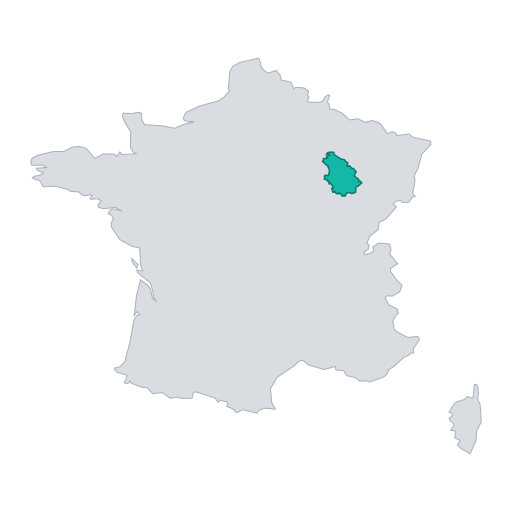 France, with Haute-Marne highlighted
{"feature_id": "FRA-5300", "entity_name": "Haute-Marne", "entity_type": "Metropolitan department", "adm_level": 1, "iso_a3": "FRA", "parent_name": "France", "parent_adm1": "", "projection": "equal_earth", "projection_center": [5.241, 48.141], "detail": "fine", "context": "in_parent", "style": "filled", "palette": "teal", "viewbox_px": 512, "rotation_deg": 0, "n_neighbors": 0, "source": "natural_earth", "source_scale": "10m", "svg_char_len": 6822}
<svg xmlns="http://www.w3.org/2000/svg" viewBox="0 0 512 512"><path d="M415.4,196.1L411.7,197.9L409.4,201.6L407.0,202.5L402.6,202.5L400.5,200.2L395.3,201.7L393.2,204.1L396.3,207.0L386.0,218.9L379.4,222.1L378.0,229.9L370.2,235.7L367.3,241.9L367.1,243.2L369.1,245.2L368.2,249.2L364.3,251.9L364.3,254.5L365.4,254.8L371.5,252.7L373.8,250.3L372.6,247.1L378.7,243.1L389.6,244.0L391.0,249.4L389.6,253.9L397.6,263.7L390.8,268.2L390.4,271.2L397.5,281.1L402.0,285.2L399.7,291.8L392.2,296.1L387.4,295.8L385.4,296.9L385.6,298.9L389.0,305.0L397.1,308.9L398.4,313.5L396.1,315.1L392.5,322.0L394.1,325.4L393.5,326.9L394.3,329.3L396.5,331.6L407.8,337.5L418.0,336.4L419.4,339.8L413.2,348.9L413.6,353.0L410.5,353.1L409.9,354.5L403.6,357.5L393.5,366.8L388.8,369.5L386.9,374.2L384.1,376.8L369.5,382.1L366.7,380.9L359.6,381.1L355.1,377.7L346.6,375.6L343.8,370.7L335.8,369.8L335.4,366.5L324.2,369.5L308.5,365.0L303.0,360.3L298.4,361.5L294.3,365.8L277.3,377.1L270.5,388.8L271.6,402.5L275.4,409.2L265.1,408.2L258.9,410.2L257.2,413.1L242.6,409.7L237.1,412.5L235.7,412.3L233.8,409.4L226.7,406.2L227.8,403.9L226.9,401.9L220.1,400.3L217.7,402.3L215.3,398.2L196.5,392.0L193.4,392.1L192.0,398.3L179.9,398.2L178.1,397.0L170.2,398.3L162.1,392.6L152.7,393.7L147.2,387.7L141.7,387.3L134.0,384.3L130.5,382.7L130.1,380.9L127.7,383.6L124.8,383.0L124.2,382.2L126.2,378.9L126.7,375.1L117.1,372.3L114.6,369.5L114.6,368.1L119.9,366.8L124.8,361.5L129.9,342.4L134.0,320.0L136.5,315.7L139.5,314.6L137.2,311.5L134.1,315.5L136.6,295.1L140.6,279.8L148.5,286.0L150.3,288.8L152.4,297.9L156.8,301.7L154.0,298.0L151.5,285.9L149.7,282.4L137.2,272.3L136.9,270.0L142.5,271.2L140.5,263.7L139.7,247.9L132.0,246.3L119.8,239.6L111.8,227.6L111.0,223.2L113.4,218.4L111.6,215.5L108.1,213.4L111.0,209.4L113.6,208.9L122.4,211.2L115.3,207.4L103.4,208.7L98.7,207.4L98.0,204.6L101.4,201.0L97.5,198.7L90.8,199.3L90.0,198.3L92.1,195.7L90.4,194.8L84.9,195.7L81.8,194.9L79.0,192.0L70.1,191.3L68.2,189.6L56.1,186.3L43.3,186.8L40.0,181.0L32.3,178.2L34.0,176.3L41.9,174.6L43.5,173.0L38.0,170.6L36.1,168.2L46.6,167.6L42.0,165.1L31.8,165.3L30.7,161.8L32.2,158.2L38.3,155.1L53.1,151.6L63.8,151.5L71.6,147.4L79.1,146.3L86.0,148.3L95.1,158.4L103.0,153.9L114.4,154.1L116.6,156.6L119.8,152.0L122.2,154.6L136.2,153.8L133.0,152.0L130.5,147.7L130.7,132.0L124.1,120.7L122.5,116.6L123.1,113.1L131.3,113.7L138.2,112.2L141.4,113.3L142.0,120.5L144.7,124.7L163.7,126.0L174.6,128.3L184.0,124.2L192.7,122.3L193.4,121.4L188.4,121.8L183.9,120.0L183.3,118.1L185.9,112.4L199.3,106.1L218.7,100.8L223.8,97.3L229.6,90.9L228.4,89.3L229.7,72.0L232.6,66.4L240.0,62.3L258.7,58.2L260.9,63.7L260.8,66.8L265.6,71.6L268.0,73.1L276.2,70.5L280.1,75.0L281.2,80.1L291.0,82.2L293.8,88.8L295.6,87.4L301.8,87.7L304.6,88.2L308.6,91.1L307.4,95.1L309.1,97.1L307.4,100.7L308.6,102.3L319.9,102.3L323.3,100.7L324.9,97.0L328.3,94.8L329.6,95.4L327.4,102.3L329.0,104.1L329.8,109.0L334.1,109.4L342.4,113.3L349.4,119.9L358.1,118.8L365.0,122.5L372.1,120.5L378.7,122.6L381.1,124.5L387.4,133.7L392.2,131.8L395.6,132.9L396.7,135.6L409.5,134.0L411.8,136.6L414.5,137.6L430.7,141.1L430.9,144.5L421.7,154.4L417.9,168.6L415.2,173.5L414.2,177.2L415.0,179.7L414.6,183.5L412.7,192.8L413.9,195.5L415.4,196.1ZM478.4,393.4L477.7,399.6L480.1,404.1L481.3,422.0L476.6,430.7L475.9,441.2L470.1,453.8L460.5,448.2L457.5,445.1L460.0,440.3L454.5,437.7L455.7,433.0L455.1,430.7L451.2,430.5L451.0,429.3L453.8,425.7L453.7,423.5L450.0,420.7L449.2,418.2L452.7,415.5L451.1,412.9L449.1,412.3L453.7,404.2L457.0,401.7L464.4,399.5L467.4,396.5L472.2,398.1L473.1,397.3L474.4,384.5L476.1,384.3L477.7,386.0L478.4,393.4ZM138.1,264.6L136.8,268.1L132.2,262.0L131.7,258.6L138.1,264.6Z" fill="#d9dde1" stroke="#a8b0b8" stroke-width="1"/><path d="M329.7,152.2L333.5,152.2L333.8,152.4L333.9,153.7L334.0,154.0L334.2,154.4L334.5,154.8L334.9,155.1L336.0,155.9L337.4,156.6L339.6,158.2L342.1,159.4L342.7,159.5L343.7,159.5L344.2,159.6L344.5,159.8L344.5,160.0L344.8,160.6L347.9,163.0L347.5,163.6L346.9,164.3L346.9,164.6L346.9,164.9L347.1,165.1L347.1,165.9L347.2,166.3L347.4,166.5L347.6,166.6L347.9,166.4L348.0,166.2L348.3,165.8L348.6,165.7L348.9,165.7L349.6,165.8L349.9,166.0L350.3,166.4L351.1,167.5L351.5,168.1L351.9,168.4L352.2,168.5L352.8,168.4L353.2,168.4L353.6,168.6L353.8,168.7L353.9,168.9L354.0,169.0L354.1,169.4L354.0,169.8L354.1,170.1L354.3,170.2L355.3,170.8L355.9,171.3L356.1,171.6L356.2,171.9L355.7,172.3L355.4,172.6L355.3,172.8L355.3,173.1L355.3,173.4L355.2,173.6L355.2,173.9L354.6,174.9L354.5,175.2L354.4,175.5L354.2,175.9L354.4,176.1L355.0,176.5L356.0,177.4L356.5,177.9L356.9,178.2L357.3,178.3L357.6,178.4L357.9,178.6L358.3,178.9L358.5,179.1L358.6,179.4L358.6,179.7L358.5,180.5L358.5,180.8L358.6,181.2L358.8,181.4L359.1,181.5L359.3,181.3L359.5,181.1L360.2,181.1L361.5,182.5L361.7,183.0L361.5,183.4L361.3,183.5L360.9,183.6L360.6,183.7L360.3,184.0L359.7,184.9L359.3,185.2L356.1,187.2L355.7,187.7L355.6,188.1L355.8,188.8L355.9,189.2L355.7,190.0L355.6,190.4L355.6,190.8L355.7,191.2L355.7,191.6L355.6,192.1L355.3,192.3L355.0,192.6L352.0,193.5L351.7,193.5L351.4,193.5L351.1,193.4L349.4,192.5L348.8,192.5L348.3,192.7L347.6,192.8L347.3,192.8L346.9,192.9L346.6,193.2L346.4,193.4L345.4,195.5L345.3,195.8L345.1,195.9L344.9,196.1L344.7,196.0L344.5,195.7L344.3,195.5L344.0,195.4L343.8,195.6L342.9,196.2L342.6,196.3L342.3,196.2L342.1,195.7L342.0,195.2L341.9,195.0L341.8,194.9L341.4,194.8L340.6,194.4L340.1,193.9L339.8,193.6L339.7,193.3L339.6,193.1L339.5,192.9L339.3,192.7L339.0,192.8L338.7,192.9L338.5,193.1L338.4,193.4L338.3,193.6L338.0,193.8L337.7,193.8L337.4,193.9L337.1,193.8L336.8,193.7L336.2,193.4L335.9,193.1L335.6,192.7L335.1,192.0L334.8,191.6L334.4,191.6L334.2,191.7L333.9,192.1L333.7,192.2L333.5,192.3L333.1,192.3L332.8,192.0L332.6,191.5L332.5,191.2L332.3,190.0L332.3,189.8L332.3,189.7L332.1,189.4L331.8,189.1L331.6,188.8L331.6,188.5L331.9,188.3L332.2,188.2L332.8,188.2L333.1,188.1L333.3,188.0L333.4,187.7L333.3,187.2L332.7,186.1L332.0,185.1L330.4,183.3L330.1,183.3L329.9,183.4L329.7,183.8L329.2,183.9L329.0,183.7L328.9,183.4L328.9,183.1L329.0,182.8L329.3,182.4L329.4,182.2L329.3,181.8L329.0,181.6L327.9,181.3L327.5,181.1L327.4,180.8L327.7,180.3L327.7,180.1L327.3,179.9L325.4,179.5L324.3,178.9L325.0,178.0L324.3,176.6L324.8,175.6L325.2,175.3L325.7,175.2L326.2,175.2L327.9,175.6L328.4,175.3L328.7,174.7L328.9,174.0L328.9,173.1L329.0,172.9L329.3,172.4L329.4,172.2L329.5,171.8L329.0,168.2L328.9,168.0L328.8,167.9L328.4,167.7L328.2,167.5L328.1,167.3L328.1,167.0L328.2,166.8L328.4,166.5L328.4,166.3L328.3,166.1L328.2,166.0L327.0,165.6L326.7,165.5L326.1,164.5L324.9,163.8L323.8,162.4L322.7,161.7L322.5,161.4L322.6,161.1L323.3,160.1L323.5,159.6L323.6,159.1L323.5,158.6L326.7,158.4L327.1,158.3L327.1,157.9L326.6,156.8L326.6,156.4L326.8,156.0L327.2,155.8L328.9,155.3L329.3,155.3L328.7,154.1L327.4,154.0L326.7,154.1L327.6,152.7L329.7,152.2Z" fill="#14b8a6" stroke="#0f766e" stroke-width="1.5"/></svg>